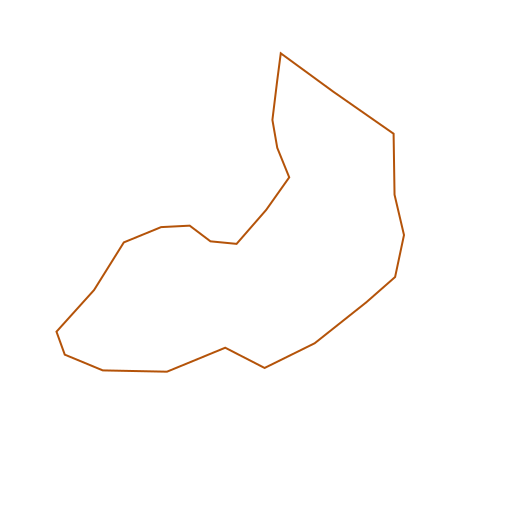 Avlona, Nicosia, Cyprus (Albers equal-area conic projection), rotated 302°
{"feature_id": "46923920B38965206429869", "entity_name": "Avlona", "entity_type": "district", "adm_level": 2, "iso_a3": "CYP", "parent_name": "Cyprus", "parent_adm1": "Nicosia", "projection": "albers", "projection_center": [33.1, 35.159], "detail": "fine", "context": "isolated", "style": "outline", "palette": "amber", "viewbox_px": 512, "rotation_deg": 302, "n_neighbors": 0, "source": "geoboundaries", "source_scale": "gbopen_adm2", "svg_char_len": 486}
<svg xmlns="http://www.w3.org/2000/svg" viewBox="0 0 512 512"><g transform="rotate(302 256 256)"><path d="M71.0,146.1L77.8,186.7L110.7,241.8L161.9,278.5L165.6,322.6L213.1,352.0L275.3,374.1L311.9,385.1L352.2,370.4L381.4,341.0L432.6,307.9L436.3,234.4L441.0,169.6L415.2,181.4L380.1,197.8L359.0,216.7L340.3,242.5L300.5,240.2L256.0,233.1L244.3,209.6L246.6,183.7L230.2,160.2L197.5,136.7L169.4,136.7L141.3,136.7L86.1,126.9L71.0,146.1Z" fill="none" stroke="#b45309" stroke-width="2"/></g></svg>